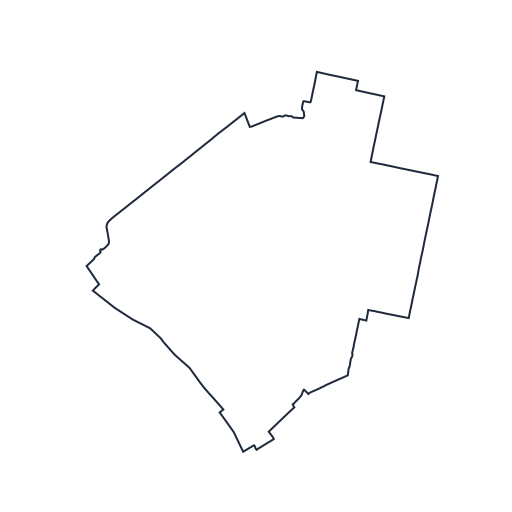 Slobozia, Giurgiu, Romania (Equal Earth projection), rotated 103°
{"feature_id": "2599482B23076284199588", "entity_name": "Slobozia", "entity_type": "district", "adm_level": 2, "iso_a3": "ROU", "parent_name": "Romania", "parent_adm1": "Giurgiu", "projection": "equal_earth", "projection_center": [25.878, 43.851], "detail": "fine", "context": "isolated", "style": "outline", "palette": "slate", "viewbox_px": 512, "rotation_deg": 103, "n_neighbors": 0, "source": "geoboundaries", "source_scale": "gbopen_adm2", "svg_char_len": 5968}
<svg xmlns="http://www.w3.org/2000/svg" viewBox="0 0 512 512"><g transform="rotate(103 256 256)"><path d="M303.9,418.8L310.0,412.2L310.7,411.5L315.6,406.2L316.3,405.5L318.9,402.5L323.4,405.4L324.3,405.9L326.4,407.2L326.8,406.3L327.2,405.6L327.7,404.5L328.1,403.7L338.3,382.0L345.6,361.9L350.3,342.8L357.6,330.3L360.5,327.0L361.2,326.0L361.8,325.2L370.3,313.3L371.6,311.0L379.4,296.6L380.2,295.3L381.7,293.6L391.8,282.1L396.6,276.2L401.2,269.8L401.4,269.3L412.9,253.3L416.6,256.2L426.5,244.9L427.1,244.2L432.8,237.9L449.6,224.5L441.0,215.5L441.1,215.3L441.0,215.2L441.2,214.8L441.6,214.4L442.2,213.9L443.0,213.6L443.3,213.4L443.5,213.1L443.7,212.9L444.2,212.6L444.3,212.4L444.4,212.0L444.6,211.8L443.6,210.9L430.4,197.5L429.7,197.9L428.2,199.4L424.3,204.1L400.2,188.3L394.9,184.6L394.1,185.5L392.3,186.8L391.0,185.7L390.0,185.3L386.9,183.3L385.5,182.4L381.9,180.6L381.0,180.3L380.1,180.1L378.7,180.1L377.0,179.7L376.1,179.6L375.6,179.5L375.4,179.0L378.7,173.9L378.3,173.6L377.9,173.4L377.2,172.9L376.4,171.9L374.7,169.7L373.2,167.6L371.8,165.8L370.8,164.5L369.9,163.2L369.5,162.9L369.2,162.8L369.2,162.6L369.1,162.4L368.4,161.5L367.5,160.3L366.5,159.4L365.9,158.6L364.9,157.3L364.2,156.4L363.3,155.1L362.9,154.7L362.4,154.1L361.9,153.4L361.6,152.9L360.3,151.3L357.8,147.9L356.9,146.7L356.1,145.6L355.1,144.3L354.3,143.2L353.1,141.7L351.6,139.7L349.8,139.9L349.5,140.0L348.8,140.0L347.4,140.1L344.8,140.4L344.3,140.3L344.0,140.3L343.6,140.1L343.1,140.0L342.1,140.0L341.1,140.0L340.4,140.1L339.5,140.1L338.7,140.2L337.9,140.3L336.9,140.3L335.6,140.4L335.0,140.4L334.3,140.3L333.3,140.0L332.2,139.7L331.5,139.7L330.8,139.7L330.3,139.8L330.0,139.9L329.4,140.4L329.1,140.5L328.6,140.5L327.5,140.5L325.6,140.5L324.2,140.6L323.1,140.4L322.6,140.4L322.0,140.5L321.5,140.6L320.7,140.6L318.7,140.7L317.3,140.7L316.1,140.7L314.7,140.7L313.4,140.7L312.0,140.8L311.0,140.7L310.2,140.8L309.7,140.7L309.4,140.7L308.7,140.8L308.0,140.9L306.1,140.9L299.8,141.0L297.1,141.1L295.2,141.1L294.0,141.1L294.1,139.6L294.1,138.4L294.1,136.1L294.1,134.0L291.3,134.1L288.4,134.2L286.9,134.2L285.3,134.4L283.3,134.5L283.3,131.9L283.1,129.2L283.0,127.0L283.1,125.0L283.0,123.6L282.9,120.0L282.9,116.9L282.8,113.9L282.7,110.7L282.6,107.3L282.5,103.6L282.4,100.9L282.3,97.6L282.1,93.2L279.8,93.3L277.1,93.4L275.5,93.5L271.0,93.5L260.3,93.8L257.4,93.8L253.1,93.9L250.4,94.0L247.8,94.0L245.7,94.0L243.8,94.1L242.8,94.1L240.9,94.1L238.8,94.1L237.3,94.2L234.7,94.3L232.5,94.5L229.7,94.6L225.5,94.6L223.5,94.7L220.7,94.8L218.2,94.8L217.1,94.8L215.0,94.8L211.2,94.9L209.4,94.9L207.7,95.0L207.0,95.1L205.3,95.1L204.1,95.1L202.0,95.2L200.4,95.2L198.3,95.3L196.1,95.3L192.5,95.4L189.6,95.4L184.5,95.5L181.9,95.6L175.2,95.8L172.9,95.8L168.6,95.9L165.8,95.9L163.4,96.0L160.1,96.1L152.9,96.3L149.2,96.3L144.4,96.5L141.3,96.5L137.1,96.7L137.2,98.9L137.2,100.6L137.2,102.9L137.3,107.8L137.4,110.0L137.4,110.5L137.5,113.0L137.5,116.0L137.6,118.7L137.7,121.0L137.7,123.8L137.8,126.0L137.8,128.7L137.9,130.5L137.9,132.7L138.0,134.3L138.0,136.6L138.1,137.9L138.0,138.3L138.1,144.0L138.2,147.9L138.2,151.8L138.3,153.8L138.5,159.9L138.5,161.6L138.6,165.5L137.5,165.5L135.1,165.6L128.1,165.8L126.8,165.8L123.6,166.0L118.5,166.0L110.0,166.2L103.4,166.3L99.1,166.4L94.4,166.5L94.1,166.5L93.7,166.5L85.5,166.6L81.2,166.7L71.6,166.9L71.7,176.5L71.8,180.7L71.8,183.9L71.9,191.8L71.9,195.8L68.2,195.9L64.8,196.0L62.4,196.0L62.5,202.7L62.6,210.0L62.7,218.0L62.9,225.4L62.9,233.0L62.9,238.1L67.1,238.0L71.2,237.8L77.8,237.6L82.9,237.6L92.1,237.3L92.8,237.3L93.5,237.5L93.9,237.7L94.1,237.8L94.3,241.5L94.3,243.9L94.4,244.2L94.5,244.5L94.8,244.7L95.3,244.7L97.5,244.7L99.3,244.7L100.2,244.6L101.2,244.5L101.9,244.4L102.2,244.4L102.4,244.3L102.8,244.0L103.4,243.4L104.0,242.6L104.3,242.3L104.5,242.1L104.9,241.9L105.2,241.7L105.5,241.7L106.5,241.3L107.4,240.9L107.9,240.7L108.1,240.6L108.3,240.6L108.6,240.5L109.3,240.6L110.0,240.8L110.6,241.0L110.9,241.2L111.1,241.3L111.2,241.5L111.3,242.3L111.4,242.7L111.5,242.9L111.6,243.8L112.0,245.9L112.0,246.8L112.1,247.6L112.2,248.0L112.4,248.9L112.5,249.4L112.6,249.7L112.6,250.1L112.6,250.6L112.5,251.0L112.4,251.4L112.1,252.0L111.9,252.4L111.9,252.8L111.8,253.0L111.9,253.5L112.0,253.9L112.2,254.6L112.4,255.4L112.4,255.8L112.4,256.2L112.3,256.9L112.2,257.3L112.3,258.1L112.3,258.8L112.4,259.1L112.5,259.4L112.9,259.8L113.6,260.4L113.9,260.9L114.1,261.1L114.1,261.3L114.2,261.6L114.2,262.6L114.3,263.3L114.3,264.3L114.5,265.2L114.7,265.8L115.0,266.3L115.4,267.0L115.9,267.6L116.3,268.3L116.8,269.0L117.1,269.5L117.5,270.2L117.8,270.7L118.5,271.6L118.8,271.9L119.0,272.2L120.2,274.1L121.0,275.3L122.1,277.0L123.1,278.3L123.5,278.9L124.0,279.6L124.3,280.1L124.8,280.7L125.2,281.2L125.6,281.9L126.1,282.5L126.8,283.6L127.5,284.6L129.5,287.4L130.9,289.5L131.6,291.1L119.3,299.4L137.8,314.2L143.8,319.2L144.2,319.6L145.7,320.7L147.5,322.1L149.0,323.3L149.8,324.0L150.4,324.3L150.8,324.6L151.2,324.9L151.7,325.2L153.2,326.4L156.2,328.8L158.5,330.7L158.7,330.8L164.4,335.3L169.3,339.2L173.6,342.5L177.7,345.8L180.7,348.1L183.2,350.2L185.3,351.9L190.4,356.1L190.5,356.2L194.0,358.9L203.1,366.1L207.7,369.8L211.3,372.7L215.3,375.8L217.4,377.5L217.6,377.7L227.5,385.5L230.2,387.7L232.2,389.4L235.3,391.8L237.6,393.6L241.1,396.5L244.2,398.9L245.8,400.2L248.1,402.1L250.7,404.1L252.0,405.1L252.8,405.6L253.8,406.3L254.7,406.9L255.3,407.3L255.7,407.4L256.2,407.7L256.8,407.9L257.8,408.2L258.8,408.3L259.5,408.4L260.1,408.4L260.9,408.3L261.6,408.1L262.3,407.8L265.9,406.2L268.3,405.2L270.3,404.3L272.4,403.5L273.9,402.9L275.2,402.4L276.1,402.3L276.7,402.3L277.3,402.4L277.8,402.5L278.4,402.8L279.1,403.2L280.9,404.3L282.4,405.4L283.0,405.8L283.5,406.4L284.0,406.8L284.2,407.0L284.3,407.3L284.2,407.5L284.6,407.9L284.6,408.1L284.5,408.3L284.4,408.4L284.4,408.6L284.5,408.8L285.0,408.9L285.1,409.0L285.3,409.2L285.5,409.2L286.1,409.0L286.7,408.6L287.4,408.3L288.4,408.9L293.2,412.7L293.7,412.8L294.1,412.9L294.7,413.1L295.5,413.2L303.9,418.8Z" fill="none" stroke="#1e293b" stroke-width="2"/></g></svg>